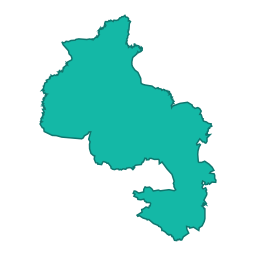 Fao Rai, Nong Khai, Thailand (Albers equal-area conic projection)
{"feature_id": "78962969B41477512763413", "entity_name": "Fao Rai", "entity_type": "district", "adm_level": 2, "iso_a3": "THA", "parent_name": "Thailand", "parent_adm1": "Nong Khai", "projection": "albers", "projection_center": [103.294, 18.001], "detail": "fine", "context": "isolated", "style": "filled", "palette": "teal", "viewbox_px": 256, "rotation_deg": 0, "n_neighbors": 0, "source": "geoboundaries", "source_scale": "gbopen_adm2", "svg_char_len": 5754}
<svg xmlns="http://www.w3.org/2000/svg" viewBox="0 0 256 256"><path d="M206.2,203.3L203.9,200.2L206.7,194.8L206.8,192.9L205.7,190.9L206.6,190.0L205.6,187.8L203.2,188.9L202.3,187.9L202.1,187.0L203.4,184.7L201.9,183.5L202.7,181.0L205.1,182.4L204.7,184.0L205.3,184.6L207.5,184.3L208.2,183.1L209.5,184.2L212.0,182.1L215.7,182.3L215.9,180.1L214.7,178.6L214.7,175.2L214.1,173.8L209.7,173.2L210.6,171.8L213.9,170.4L212.2,167.3L209.1,164.2L204.7,161.2L201.7,162.4L198.9,162.4L198.3,161.8L197.7,154.3L198.0,150.8L199.2,146.7L200.4,144.8L199.6,144.0L197.0,145.0L196.5,143.8L199.8,138.8L202.7,141.9L204.3,142.0L205.2,143.1L206.0,143.0L207.0,141.3L207.0,137.9L210.2,134.6L207.9,134.9L207.4,133.9L206.5,135.1L205.8,134.8L206.2,133.6L207.3,132.9L207.4,131.5L208.1,131.2L208.3,128.7L209.5,128.4L209.2,127.6L211.8,126.1L211.0,125.0L211.2,123.9L208.4,123.4L206.5,122.0L203.5,121.1L203.0,120.0L203.2,118.9L202.5,118.9L201.3,114.9L200.7,114.2L199.8,114.3L201.2,111.1L199.6,108.6L197.8,107.6L195.0,108.4L192.5,106.5L192.1,105.0L187.5,102.3L179.9,103.4L172.4,106.2L171.7,107.5L171.3,105.4L172.5,103.8L173.8,103.6L172.9,102.2L174.0,101.4L172.8,100.2L172.8,99.5L172.2,99.7L171.8,98.2L172.2,97.4L171.4,97.5L171.8,96.9L171.0,96.6L171.2,95.0L170.6,94.2L169.4,94.5L170.2,93.5L169.0,93.1L169.6,92.6L169.4,91.6L168.4,91.8L167.9,91.0L167.5,91.7L166.0,90.4L164.6,90.5L164.5,89.8L163.5,89.4L161.9,90.3L161.1,89.0L158.9,88.6L158.4,88.0L158.1,88.4L157.7,87.8L155.5,88.6L152.0,86.1L145.2,85.0L142.4,84.2L141.0,83.0L140.7,78.3L137.9,72.4L134.9,70.1L132.7,67.0L131.9,64.9L131.8,62.0L132.7,57.5L136.8,53.9L136.8,53.3L138.4,52.7L138.2,52.1L138.6,52.4L140.6,51.7L141.2,51.2L141.0,50.7L142.1,50.4L142.3,48.1L141.5,47.3L141.5,48.6L140.5,48.2L140.2,48.8L139.7,48.2L140.1,47.5L139.2,47.2L139.6,46.8L138.7,45.9L135.0,44.9L134.8,44.0L134.3,44.0L134.2,45.0L135.2,45.8L134.4,45.8L134.1,46.7L133.4,46.6L132.2,47.9L131.6,47.6L132.0,46.8L131.5,45.5L130.0,46.9L129.3,46.6L128.6,47.2L128.6,45.7L127.9,45.7L127.1,43.6L126.1,43.8L126.1,42.9L126.8,42.8L126.4,41.2L127.1,40.8L126.8,38.7L127.6,37.9L127.7,35.7L128.9,34.3L127.9,31.9L128.6,30.8L128.2,30.1L128.9,29.6L129.4,23.6L130.5,21.6L129.5,20.7L128.4,20.9L128.5,18.5L127.5,17.4L125.7,17.0L124.9,15.4L123.3,16.7L121.9,16.7L120.7,17.8L119.7,17.9L118.4,19.8L116.3,20.5L113.9,20.2L113.1,21.5L110.7,20.2L109.8,21.2L109.0,20.6L107.9,21.7L105.4,21.6L104.7,23.5L105.5,24.8L104.7,24.7L104.3,25.3L105.2,26.6L103.5,27.0L103.0,28.6L102.1,28.9L102.0,28.2L101.4,28.7L101.0,28.0L100.9,28.8L100.7,28.1L100.1,28.3L100.4,29.3L99.5,29.3L98.4,30.5L99.1,30.4L99.2,31.4L98.8,31.4L99.0,32.2L98.3,32.9L99.3,34.3L98.3,35.2L98.6,35.6L98.0,35.9L97.9,36.8L97.4,37.2L96.9,36.6L96.9,37.4L95.7,37.2L94.1,38.9L92.4,39.0L92.7,39.7L89.7,39.0L86.8,39.5L78.8,38.9L76.0,39.4L75.1,40.2L71.0,40.5L68.6,41.6L66.1,41.3L64.9,42.5L62.8,42.7L61.9,41.8L63.2,44.8L68.5,50.8L69.1,53.9L71.2,56.0L72.0,58.4L71.6,59.9L67.5,62.1L67.4,63.5L66.5,62.8L66.7,63.5L66.1,63.8L66.9,64.8L66.4,64.6L65.9,65.7L64.0,67.0L63.9,67.9L63.3,67.8L62.6,71.7L62.2,71.9L61.3,70.8L61.1,71.5L60.3,71.6L59.4,70.7L58.9,71.9L58.1,72.0L59.0,72.7L57.7,75.1L57.0,74.6L56.0,75.5L54.4,75.0L52.4,76.1L51.2,75.3L51.3,76.2L50.2,76.5L50.3,77.6L49.6,77.6L49.8,78.7L46.3,80.3L47.0,81.8L44.8,83.1L44.2,85.7L43.5,86.1L43.9,86.4L43.4,88.6L42.1,90.1L43.5,89.6L44.1,90.6L43.1,90.7L43.1,91.3L44.0,93.4L44.9,93.0L45.7,93.9L46.3,93.3L46.1,93.9L47.0,94.1L45.8,94.7L46.3,95.3L45.3,95.8L45.7,96.5L44.0,97.5L44.4,98.5L43.3,98.5L43.1,99.5L44.4,100.4L43.6,100.3L43.0,101.6L42.1,101.9L43.1,103.2L42.4,104.0L43.4,104.0L42.9,104.6L43.2,105.4L42.4,105.8L44.0,106.1L43.7,107.2L44.7,107.6L45.0,108.7L44.0,108.0L43.9,109.2L42.6,109.3L44.2,112.3L43.7,113.0L42.4,112.9L42.9,114.3L43.7,114.2L43.8,114.8L42.6,115.9L42.6,117.8L41.9,117.3L40.9,118.9L41.4,120.1L40.6,121.3L42.0,121.8L40.8,122.4L40.1,124.0L42.3,127.7L43.7,128.2L44.2,131.5L52.3,135.4L56.4,135.6L61.8,137.1L81.7,138.8L83.2,137.9L84.4,135.8L87.9,133.8L89.1,131.9L90.7,131.8L88.7,139.2L90.1,141.8L89.5,144.2L89.6,148.8L91.0,153.4L93.5,155.6L94.7,155.9L94.2,159.0L95.7,162.7L97.7,163.1L97.7,164.1L101.6,164.6L102.7,162.1L103.7,161.6L106.4,162.5L107.0,163.3L108.1,163.1L110.9,166.6L111.0,168.1L112.6,169.2L114.6,169.6L116.4,168.9L118.6,169.0L119.1,169.8L120.7,169.4L121.3,169.9L123.1,168.8L125.8,169.3L126.6,168.2L129.2,167.6L131.1,167.9L132.9,169.6L133.7,168.7L133.1,168.2L133.3,167.2L134.0,167.9L134.6,167.6L134.0,166.1L134.4,166.5L135.3,165.4L136.3,165.1L141.3,164.5L142.4,162.1L143.3,162.0L144.9,158.2L146.3,158.5L146.4,159.9L148.9,159.7L149.4,158.5L151.0,158.3L154.4,159.4L158.3,159.3L159.2,160.1L159.3,163.8L162.0,162.0L167.2,169.1L172.0,174.4L174.2,181.3L173.3,183.5L174.0,184.8L174.0,186.8L175.7,189.8L174.2,190.7L169.0,189.7L160.3,190.8L158.4,190.1L153.3,191.0L151.7,188.7L149.6,187.1L146.7,187.5L145.1,186.9L143.8,189.3L143.6,191.9L138.7,193.1L135.7,191.2L134.2,191.0L133.2,193.4L135.0,194.2L133.9,196.2L137.5,197.8L137.9,199.4L140.9,199.8L143.8,199.1L144.9,201.3L146.1,201.6L146.3,202.5L149.9,202.6L150.6,203.3L150.2,205.8L149.4,205.9L148.7,207.8L146.0,207.0L143.3,209.0L141.7,209.5L142.0,212.1L137.0,215.2L137.8,216.3L139.4,215.7L143.0,218.0L146.9,219.2L147.2,219.9L148.9,219.5L153.5,223.5L158.4,225.5L158.6,226.3L160.4,226.9L161.7,228.5L161.9,230.5L162.9,230.5L165.4,232.1L167.6,234.4L168.9,234.5L169.0,235.1L170.7,234.6L171.5,235.3L171.9,236.5L172.6,236.4L173.1,237.2L174.5,240.3L176.8,240.6L177.4,239.5L178.6,239.8L179.3,239.0L180.1,239.2L180.3,240.0L181.7,240.0L183.4,236.8L188.7,233.1L186.8,229.2L186.6,226.4L189.5,227.1L189.8,228.1L193.6,227.2L198.8,230.5L199.2,227.7L202.1,225.8L204.2,221.5L204.9,218.6L204.9,208.8L203.9,208.6L203.9,207.6L202.0,206.0L204.5,205.1L204.1,204.2L202.9,204.1L203.4,203.0L206.0,204.5L205.4,203.5L206.2,203.3Z" fill="#14b8a6" stroke="#0f766e" stroke-width="1.5"/></svg>